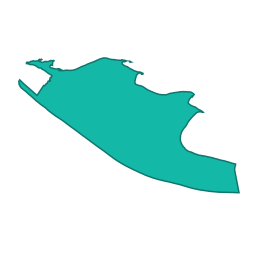 Santa Vitória do Palmar, Rio Grande do Sul, Brazil, rotated 80°
{"feature_id": "56859067B53044633061620", "entity_name": "Santa Vitória do Palmar", "entity_type": "district", "adm_level": 2, "iso_a3": "BRA", "parent_name": "Brazil", "parent_adm1": "Rio Grande do Sul", "projection": "robinson", "projection_center": [-53.104, -33.192], "detail": "fine", "context": "isolated", "style": "filled", "palette": "teal", "viewbox_px": 256, "rotation_deg": 80, "n_neighbors": 0, "source": "geoboundaries", "source_scale": "gbopen_adm2", "svg_char_len": 5706}
<svg xmlns="http://www.w3.org/2000/svg" viewBox="0 0 256 256"><g transform="rotate(80 128 128)"><path d="M61.8,226.3L62.4,226.7L62.9,227.3L63.5,227.5L64.8,227.5L65.4,227.3L65.9,227.7L66.4,227.7L67.3,226.9L68.3,227.1L69.0,226.6L69.6,226.4L70.2,226.0L70.6,225.5L71.2,225.1L73.6,222.9L75.3,221.5L76.2,220.9L76.7,220.4L77.4,220.0L78.4,219.1L80.8,217.1L84.0,214.7L84.8,214.0L85.4,213.6L85.8,213.2L87.1,212.0L89.5,210.0L94.1,205.5L94.5,205.2L96.1,204.1L97.0,203.3L98.6,201.9L99.1,201.4L100.7,200.0L101.0,199.6L101.5,199.2L102.5,198.2L103.4,197.4L104.5,196.2L107.1,193.4L107.6,192.9L108.2,192.3L108.5,191.9L110.9,189.6L117.6,183.4L118.0,182.9L120.9,180.1L127.5,174.0L128.4,173.1L130.2,171.3L130.9,170.8L131.3,170.3L132.7,169.0L134.5,167.3L139.9,162.2L143.1,159.1L146.5,155.7L153.1,149.6L153.6,149.0L154.6,148.2L156.3,146.5L158.4,144.3L161.6,140.7L164.8,136.8L167.9,132.7L170.6,129.0L171.0,128.3L171.7,127.4L172.0,126.9L174.1,124.0L174.9,122.7L177.4,119.1L178.7,116.9L179.4,115.8L180.0,114.6L181.3,112.4L184.4,106.2L184.9,104.9L185.9,102.7L188.3,96.8L189.0,95.3L189.4,94.3L190.1,92.9L191.5,89.6L192.1,88.3L192.6,87.0L193.1,86.1L194.3,83.7L197.1,78.1L198.2,75.8L199.5,72.8L201.3,68.3L202.1,66.0L202.6,64.4L204.2,59.6L205.3,55.9L205.5,55.0L206.2,52.5L206.9,49.9L207.6,46.5L208.8,40.5L209.1,39.2L209.3,37.9L209.5,37.0L209.6,36.3L210.0,34.6L210.5,32.5L210.6,31.8L211.0,29.9L187.5,30.3L186.6,30.0L184.1,29.2L183.7,28.7L182.2,28.3L181.4,30.2L180.5,32.1L179.6,33.7L177.9,37.2L177.6,37.9L177.3,38.3L176.4,40.6L175.8,42.0L175.5,42.8L175.2,43.4L175.0,43.9L174.5,44.7L172.8,48.5L172.4,49.1L172.0,50.1L171.6,50.8L170.9,52.8L170.5,53.6L169.7,55.6L168.5,58.5L168.7,59.1L168.3,59.4L168.1,60.1L167.4,61.6L167.3,62.3L166.9,63.1L166.3,64.2L165.9,64.8L165.7,65.5L165.3,65.9L165.4,66.6L164.8,67.0L164.5,67.4L164.0,67.9L163.8,68.4L163.4,68.7L163.4,69.3L163.1,69.8L162.7,69.9L162.4,70.7L162.0,71.5L161.7,72.0L161.3,72.6L160.7,73.5L160.2,73.9L159.3,74.8L158.9,75.0L158.4,75.5L157.4,75.7L156.7,76.3L156.2,76.7L155.6,76.9L155.0,77.3L153.8,77.8L151.8,78.2L151.4,78.3L150.1,78.6L148.7,78.4L148.0,78.4L144.9,77.7L143.6,77.2L142.5,76.6L140.9,75.6L138.8,73.8L137.7,72.6L136.6,71.2L135.9,70.5L134.7,69.4L132.7,67.9L130.6,65.6L128.4,63.0L127.2,61.3L125.6,58.9L125.2,58.4L124.8,57.7L124.6,57.0L124.5,55.8L124.4,55.0L124.5,54.4L124.7,53.6L125.4,51.9L125.5,51.3L124.9,51.7L122.9,53.9L122.5,54.6L122.1,55.0L121.4,56.0L121.1,56.3L120.3,56.9L119.9,57.4L119.3,58.0L118.9,58.3L118.7,58.8L118.0,60.1L117.0,61.6L116.6,62.1L115.9,62.8L115.4,63.3L114.9,63.7L114.4,64.2L113.7,64.3L113.3,64.2L112.2,63.7L111.2,63.1L109.9,62.0L108.6,60.5L108.7,59.9L108.0,59.4L108.5,59.2L107.4,58.0L106.9,57.4L106.5,57.0L105.6,57.6L104.7,58.5L104.2,59.0L103.9,59.4L103.4,60.3L103.1,61.3L102.7,63.6L102.3,64.6L102.0,66.5L101.7,67.4L101.6,68.7L101.6,69.2L101.5,69.7L101.3,71.2L101.5,72.3L101.5,73.0L101.3,73.7L101.3,74.5L101.3,75.2L101.3,76.2L101.2,76.7L101.3,77.9L101.3,78.4L101.3,79.2L101.2,79.8L101.4,81.5L101.8,83.8L101.9,85.1L101.8,85.7L101.6,86.5L101.5,87.2L101.0,89.4L100.7,90.0L100.6,90.7L100.4,91.3L99.8,92.6L99.3,93.1L99.2,93.7L98.8,94.5L98.4,95.1L97.1,97.3L96.7,97.6L96.4,98.0L96.1,98.8L95.8,99.3L95.3,99.8L94.0,101.8L93.3,102.6L92.5,103.4L92.1,103.9L90.9,105.0L90.3,105.8L89.9,106.2L89.6,106.6L89.4,107.1L88.9,107.6L87.8,110.3L86.2,112.8L85.6,113.2L84.1,113.2L83.5,113.3L81.9,112.5L80.2,111.8L78.1,110.8L77.4,110.2L76.1,108.6L75.8,107.9L75.9,106.8L76.1,105.9L76.5,105.3L77.4,105.4L77.5,104.6L77.3,103.7L76.7,103.8L76.5,104.3L76.1,104.7L75.2,106.1L74.8,107.0L74.7,108.2L74.0,109.6L73.4,110.5L72.5,112.4L71.5,113.3L69.9,115.7L69.3,116.3L68.3,117.2L67.8,117.9L67.2,118.4L67.1,119.0L66.1,120.6L65.5,121.1L64.8,122.0L64.0,122.6L63.5,122.6L62.7,122.5L62.1,122.0L62.0,120.9L62.2,119.9L61.9,118.7L61.7,117.8L61.4,118.7L61.0,119.0L60.2,121.1L59.8,122.1L59.8,122.7L60.3,122.9L60.1,123.7L59.8,124.6L59.4,126.5L59.2,126.9L59.1,127.4L58.8,128.2L58.4,129.0L58.1,130.6L57.3,133.3L56.8,134.5L56.4,135.2L55.9,135.9L55.6,136.6L55.2,138.0L54.9,139.2L54.8,140.0L54.8,140.9L55.1,142.5L55.2,143.9L55.6,145.6L55.8,146.1L55.9,146.8L56.6,149.2L56.7,149.8L56.9,150.5L57.3,152.9L57.6,154.5L57.9,156.1L58.5,158.3L58.9,159.6L59.2,161.7L59.4,162.5L59.8,164.2L60.0,164.7L60.3,166.0L60.9,167.9L61.3,170.0L61.5,172.0L61.4,173.6L61.3,174.6L61.1,175.3L61.1,175.9L61.0,176.5L60.8,177.1L60.5,177.6L60.5,178.6L60.3,179.2L60.3,180.9L60.3,182.0L60.0,182.6L60.1,183.2L59.6,184.9L59.6,185.8L59.3,186.3L58.6,185.9L58.4,185.2L58.4,184.5L57.6,185.7L57.4,186.7L57.5,187.7L57.4,188.7L57.2,189.4L57.0,190.0L56.6,190.5L56.3,191.1L56.1,191.8L55.7,192.5L55.5,193.3L55.2,193.7L54.3,194.3L53.7,194.4L53.2,194.1L52.5,192.9L52.9,192.5L52.7,191.9L53.1,191.5L50.4,190.8L49.5,190.3L49.2,189.9L49.1,189.2L49.2,188.7L48.6,189.5L48.5,190.1L48.7,190.8L48.1,192.4L48.3,193.2L48.7,195.0L48.6,196.1L48.2,197.5L48.0,198.1L48.3,199.2L48.5,200.5L48.5,201.1L48.1,201.9L47.7,202.4L47.1,203.6L46.3,203.9L45.8,203.3L46.0,201.8L45.7,201.0L45.2,201.4L45.5,202.2L45.4,202.8L45.0,203.2L45.2,203.8L45.5,204.2L46.0,204.6L46.1,205.1L46.4,205.5L46.0,206.8L46.1,207.3L46.0,207.9L45.8,208.4L45.6,209.2L45.3,209.7L45.4,210.2L45.6,210.9L45.5,211.4L45.6,212.6L46.1,213.2L46.2,213.8L46.5,214.1L46.0,214.7L45.8,215.3L45.8,216.5L46.9,216.8L47.1,216.1L47.5,215.1L47.9,214.4L48.5,213.4L48.7,212.8L48.9,211.5L49.6,209.7L50.6,208.3L51.5,207.2L52.9,206.0L53.4,205.2L53.6,203.9L54.1,203.1L55.2,202.4L56.1,201.0L57.3,199.8L57.6,199.4L59.6,197.7L60.6,196.7L62.5,194.5L63.2,193.8L65.0,194.8L64.7,195.7L67.1,196.9L67.5,196.3L68.4,196.6L68.0,198.4L69.9,199.9L70.3,201.0L71.9,202.7L71.5,203.7L80.1,211.9L66.2,223.1L61.8,226.3ZM63.0,114.8L63.6,114.5L63.6,113.4L63.0,114.3L62.5,114.6L62.4,115.7L63.0,114.8Z" fill="#14b8a6" stroke="#0f766e" stroke-width="1.5"/></g></svg>